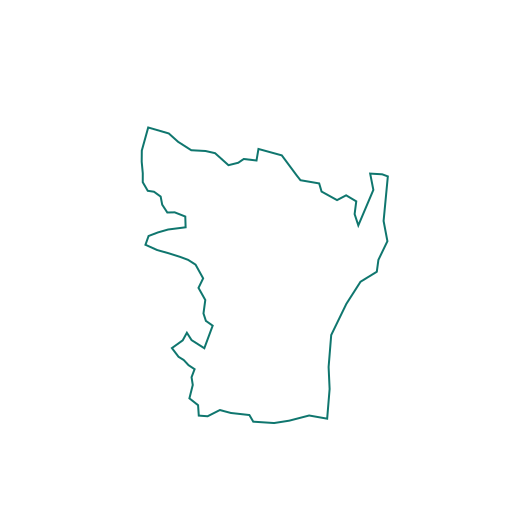 Pentageia, Cyprus, rotated 137°
{"feature_id": "46923920B34029116615265", "entity_name": "Pentageia", "entity_type": "district", "adm_level": 2, "iso_a3": "CYP", "parent_name": "Cyprus", "parent_adm1": "", "projection": "robinson", "projection_center": [32.885, 35.147], "detail": "fine", "context": "isolated", "style": "outline", "palette": "teal", "viewbox_px": 512, "rotation_deg": 137, "n_neighbors": 0, "source": "geoboundaries", "source_scale": "gbopen_adm2", "svg_char_len": 1197}
<svg xmlns="http://www.w3.org/2000/svg" viewBox="0 0 512 512"><g transform="rotate(137 256 256)"><path d="M198.8,335.3L205.4,336.3L214.2,341.2L215.8,359.1L221.3,367.2L231.2,377.5L235.1,392.6L236.2,405.1L247.2,423.5L256.0,418.1L267.6,411.0L275.3,402.9L282.4,393.7L288.5,387.2L290.7,377.5L286.8,372.6L285.2,364.5L289.6,357.5L291.2,348.3L285.7,343.4L280.8,333.1L287.9,325.0L302.2,335.3L311.6,340.1L320.9,343.9L329.2,339.6L324.2,327.7L318.2,317.9L312.1,307.1L308.3,299.5L306.1,290.9L309.9,275.7L319.8,271.9L323.1,258.4L333.6,249.8L336.9,242.7L335.2,234.6L356.7,223.8L360.5,238.4L358.9,247.0L367.1,244.3L380.3,246.0L381.4,235.1L379.8,229.2L379.8,222.2L378.1,215.1L385.8,211.3L390.2,204.8L401.8,197.3L400.1,186.4L406.7,178.3L400.7,171.8L387.5,168.0L381.4,158.3L369.3,144.2L371.0,136.7L356.7,121.5L344.0,112.9L325.9,103.1L314.9,88.5L292.9,108.5L278.6,125.3L254.9,146.9L222.5,159.4L197.1,165.9L178.4,162.1L169.1,169.7L149.8,177.2L138.8,194.6L105.3,224.3L108.0,229.7L116.3,238.4L125.1,224.3L160.3,208.6L155.3,219.4L145.4,227.6L148.7,238.9L158.6,241.6L164.1,258.4L160.3,266.0L171.8,281.1L171.3,287.1L168.5,312.0L181.2,332.6L190.5,325.5L198.8,335.3Z" fill="none" stroke="#0f766e" stroke-width="2"/></g></svg>